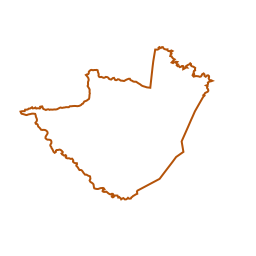 São Félix do Coribe, Bahia, Brazil, rotated 250°
{"feature_id": "56859067B73980030167744", "entity_name": "São Félix do Coribe", "entity_type": "district", "adm_level": 2, "iso_a3": "BRA", "parent_name": "Brazil", "parent_adm1": "Bahia", "projection": "robinson", "projection_center": [-43.973, -13.552], "detail": "fine", "context": "isolated", "style": "outline", "palette": "amber", "viewbox_px": 256, "rotation_deg": 250, "n_neighbors": 0, "source": "geoboundaries", "source_scale": "gbopen_adm2", "svg_char_len": 5064}
<svg xmlns="http://www.w3.org/2000/svg" viewBox="0 0 256 256"><g transform="rotate(250 128 128)"><path d="M192.4,180.4L182.1,174.6L177.0,172.0L158.2,162.7L159.7,159.7L160.8,158.3L162.3,156.3L163.3,155.3L164.7,154.5L165.8,153.6L166.9,152.7L167.8,152.1L168.7,151.4L169.2,150.0L169.9,148.8L170.7,148.3L171.5,147.4L172.3,146.7L173.6,146.6L174.0,145.6L174.0,143.8L173.9,142.6L173.5,140.4L174.3,139.0L175.1,137.3L176.6,136.3L177.3,135.2L177.0,134.2L177.0,133.2L177.5,132.4L178.7,132.2L179.9,132.0L180.1,130.9L179.7,129.8L179.3,128.8L179.8,127.9L180.8,126.9L181.8,126.8L182.9,125.9L183.6,124.6L183.3,123.3L183.5,122.3L184.2,121.4L185.1,120.5L185.4,119.0L186.3,118.2L187.6,118.3L188.6,118.9L189.7,118.9L191.0,118.9L192.6,119.2L193.2,118.6L193.7,117.1L194.1,116.0L194.2,114.9L195.0,113.8L195.2,112.9L194.9,111.6L194.2,110.4L192.9,109.9L192.2,109.1L192.4,107.7L192.2,106.6L191.0,107.1L189.8,107.5L188.4,107.8L186.9,107.6L186.0,107.1L185.1,106.3L184.0,105.8L183.0,105.5L182.1,105.2L181.3,104.4L180.2,104.6L178.9,104.9L177.4,105.1L176.2,104.7L174.8,104.1L173.6,104.0L172.8,103.4L171.5,102.8L169.7,102.0L168.6,101.2L168.3,99.9L167.9,98.7L167.8,97.4L167.9,96.1L167.2,95.1L166.3,94.0L166.3,92.9L165.7,91.9L165.5,90.6L165.5,89.5L165.8,87.9L166.5,86.5L167.0,85.3L167.5,83.5L167.9,81.9L168.3,80.8L167.8,79.5L168.2,78.3L168.8,76.9L168.9,75.6L169.2,74.6L169.3,73.5L169.6,72.6L170.3,71.7L170.3,70.6L170.1,69.3L169.9,67.8L170.1,66.4L170.7,65.0L170.9,63.9L171.2,62.9L171.8,61.7L171.9,60.5L172.7,59.8L173.1,58.4L173.0,57.0L173.9,56.1L174.8,55.0L176.1,54.8L177.6,54.8L177.9,53.8L178.0,52.8L177.0,52.8L176.5,51.8L177.1,50.8L177.6,49.3L177.7,48.4L178.9,48.0L178.7,46.5L179.1,45.1L180.3,44.9L180.0,43.7L179.8,42.4L180.2,41.3L179.7,40.1L179.9,39.1L180.4,37.6L179.2,36.7L179.7,35.1L180.1,33.8L180.2,32.6L178.9,32.6L177.8,32.9L176.8,34.4L175.9,35.6L175.3,36.3L174.8,37.3L174.8,39.2L174.5,41.0L174.3,42.8L173.8,44.1L173.0,45.6L171.4,45.6L170.2,45.3L168.6,45.4L167.7,45.4L166.6,45.2L165.4,44.3L164.6,42.8L163.5,42.8L163.0,43.7L162.1,44.3L160.9,44.1L159.9,44.2L158.7,44.9L157.3,45.4L156.3,45.6L155.5,46.7L155.2,47.9L154.7,49.0L154.2,49.7L153.3,50.4L152.1,50.9L151.3,50.9L150.3,50.5L149.5,49.5L148.8,48.6L148.0,47.6L146.8,47.0L145.5,47.5L144.6,48.3L144.1,49.7L143.4,50.8L142.6,51.4L141.6,51.4L140.1,50.9L139.3,49.9L138.5,49.1L137.6,49.0L136.3,49.4L135.2,49.3L133.9,49.7L132.6,49.8L131.1,49.9L129.8,50.6L130.1,51.9L131.4,52.6L131.7,53.6L131.3,54.7L131.1,56.4L130.3,57.3L129.1,58.0L127.7,58.5L126.9,57.9L126.8,56.8L125.6,57.1L124.8,57.9L123.9,58.5L123.9,60.1L122.7,60.4L121.9,59.5L121.0,59.7L120.2,60.7L119.7,62.3L118.6,63.5L118.3,65.0L117.3,65.3L116.4,65.5L115.1,64.8L113.7,65.6L112.9,66.6L112.4,67.9L111.4,67.7L110.5,66.6L109.7,66.6L108.7,67.2L107.4,67.5L106.3,67.7L105.1,68.0L104.7,69.4L103.9,70.1L103.0,70.4L101.8,70.7L100.9,70.9L99.9,71.3L98.8,71.7L98.3,73.1L97.2,73.9L96.4,74.8L95.5,75.8L94.1,75.5L93.1,75.3L91.9,74.0L90.6,74.1L89.8,74.5L89.0,75.2L87.9,75.9L86.8,76.3L85.4,76.0L83.8,75.7L82.8,75.7L81.9,76.9L81.2,78.2L80.9,79.3L80.9,80.9L80.8,82.0L80.5,83.0L80.2,84.1L79.5,84.7L78.4,84.9L78.5,83.4L77.4,82.5L76.5,83.0L75.8,84.5L75.6,85.9L74.6,86.5L73.3,87.2L72.3,88.0L71.6,88.8L71.7,90.4L71.3,91.2L70.4,91.4L69.8,90.0L69.1,89.3L68.2,89.7L68.0,90.7L68.6,91.6L69.0,92.6L68.6,93.8L68.1,95.0L66.9,95.1L66.0,95.1L66.1,96.2L65.1,96.6L64.3,97.1L63.3,97.2L63.7,98.7L63.7,99.7L62.0,100.6L61.6,101.8L61.8,102.9L62.4,104.1L61.4,104.6L61.0,105.4L60.8,106.6L61.6,107.4L61.9,108.6L62.4,109.6L62.5,110.6L62.8,111.9L63.0,113.1L63.0,114.2L64.1,114.5L65.1,114.6L65.9,115.4L69.4,140.3L73.8,147.1L80.9,158.2L84.3,163.3L86.6,171.9L97.0,173.8L98.0,174.7L108.8,185.1L114.4,190.4L115.9,191.9L120.8,196.6L130.8,208.4L131.7,209.6L132.2,210.8L133.1,210.1L133.7,211.5L134.5,212.4L134.7,213.9L134.8,215.2L135.5,216.2L137.0,216.5L138.2,216.0L139.2,216.2L140.0,217.0L141.2,216.0L141.2,217.5L142.2,218.4L143.4,218.6L143.8,220.5L143.5,221.8L143.5,223.4L144.6,222.3L144.9,221.0L145.8,220.9L147.1,220.8L148.2,221.7L149.3,221.8L150.1,221.3L150.3,220.3L149.8,219.5L149.6,218.5L150.9,217.7L152.2,218.2L153.4,217.7L153.1,216.1L152.0,215.0L151.4,213.9L151.7,212.7L152.4,212.0L152.9,211.0L153.5,209.8L153.7,208.7L153.8,207.3L155.4,206.7L156.3,207.4L155.8,208.5L156.7,208.7L158.0,208.7L159.1,209.6L159.2,210.8L160.2,211.0L161.5,211.7L162.6,210.9L163.5,210.1L164.2,209.1L165.3,208.5L166.6,209.1L167.5,208.6L166.9,207.6L166.8,206.3L166.6,205.0L166.2,203.6L164.6,204.2L165.1,203.0L164.6,201.7L164.4,200.0L165.8,200.5L166.6,201.1L167.4,200.9L167.8,199.9L167.4,198.8L167.5,197.5L168.5,197.3L169.0,195.9L170.1,195.3L170.7,196.6L171.5,195.7L172.5,195.5L173.2,196.9L173.9,195.7L173.7,194.8L174.0,193.8L173.6,192.5L174.6,191.4L175.4,192.8L176.0,194.1L176.5,195.3L177.3,194.6L178.2,194.0L179.3,193.6L180.3,193.5L181.1,192.3L182.1,192.9L182.9,194.3L184.0,193.8L184.7,194.6L185.1,196.1L186.0,195.3L185.9,193.7L186.5,192.3L187.5,191.7L188.4,192.0L188.7,190.7L189.5,189.5L190.6,188.6L192.1,188.4L192.4,187.5L191.9,186.2L193.3,185.2L193.0,184.2L191.8,184.1L191.5,182.7L191.9,181.7L192.4,180.4Z" fill="none" stroke="#b45309" stroke-width="2"/></g></svg>